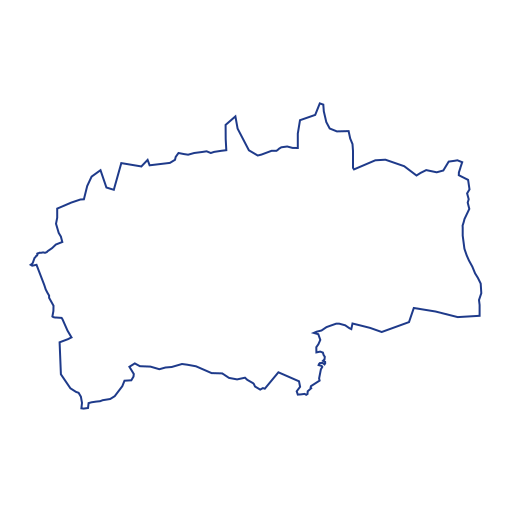 outline of Song, Adamawa, Nigeria
{"feature_id": "59680162B82996162763265", "entity_name": "Song", "entity_type": "district", "adm_level": 2, "iso_a3": "NGA", "parent_name": "Nigeria", "parent_adm1": "Adamawa", "projection": "albers", "projection_center": [12.591, 9.831], "detail": "fine", "context": "isolated", "style": "outline", "palette": "blue", "viewbox_px": 512, "rotation_deg": 0, "n_neighbors": 0, "source": "geoboundaries", "source_scale": "gbopen_adm2", "svg_char_len": 3115}
<svg xmlns="http://www.w3.org/2000/svg" viewBox="0 0 512 512"><path d="M264.8,388.7L278.4,372.3L299.0,381.3L300.1,386.8L296.7,391.3L297.8,394.6L300.9,394.4L304.6,393.9L306.2,394.8L307.5,394.0L307.7,391.3L311.2,388.2L310.6,387.4L311.0,386.1L319.6,380.6L319.1,378.4L320.9,369.3L322.3,366.9L321.6,365.9L318.6,365.1L318.9,364.2L319.8,363.1L322.5,362.9L324.5,364.4L325.2,363.3L325.1,361.8L323.0,360.8L324.5,359.3L324.8,356.8L323.6,355.0L322.9,352.6L320.2,351.6L316.4,352.4L316.3,347.2L318.4,344.2L320.3,339.9L318.3,334.2L313.8,332.9L316.6,331.7L321.5,330.5L326.5,327.1L330.4,325.7L336.1,323.7L339.3,323.7L345.2,325.3L349.4,328.2L351.3,329.1L352.5,323.5L354.9,324.1L360.6,325.5L370.1,327.9L381.7,332.0L409.0,322.1L413.8,308.0L435.5,311.5L457.7,317.1L479.6,315.8L479.6,305.0L479.0,300.0L481.3,293.2L480.7,283.6L477.9,277.9L475.1,273.4L472.3,266.6L468.9,260.4L466.7,255.4L464.8,249.9L464.4,248.6L462.7,235.6L462.7,227.7L462.6,225.6L463.7,222.1L464.5,219.0L469.3,208.9L467.7,202.6L468.7,199.2L467.1,193.4L469.5,189.4L468.1,179.9L458.8,175.2L458.9,172.4L460.3,168.1L460.5,167.3L461.4,164.6L462.2,162.2L457.4,160.3L454.5,160.8L448.7,161.6L443.3,170.5L436.7,172.3L426.2,170.1L420.6,172.9L416.5,175.5L404.2,166.2L385.4,159.7L375.3,160.3L354.0,169.4L353.0,167.8L353.0,166.3L353.0,160.5L353.0,150.9L352.5,144.1L350.2,138.5L348.6,131.1L336.9,131.4L329.7,128.5L326.3,122.1L323.8,111.3L323.3,104.6L319.8,103.4L315.2,114.9L309.5,116.9L300.0,120.2L297.8,133.6L297.8,148.0L292.5,147.9L287.2,146.5L281.3,147.3L278.9,148.8L278.1,149.6L276.5,150.8L271.6,150.8L261.4,154.6L257.7,155.5L248.9,150.3L237.6,128.6L235.4,116.4L225.6,124.9L225.7,139.1L226.3,150.2L221.3,150.8L214.1,151.9L210.8,153.0L206.6,151.3L202.0,152.0L194.2,153.0L188.1,154.7L184.1,154.1L178.5,153.0L175.7,156.9L175.0,159.8L169.9,162.9L149.6,165.3L147.6,159.9L141.3,166.5L140.5,166.3L121.3,163.1L113.8,189.8L106.4,187.5L100.5,170.2L91.6,176.6L87.2,186.0L83.9,199.3L80.4,199.5L71.2,202.6L57.2,208.6L57.2,217.7L56.1,223.3L56.0,223.7L58.7,232.9L60.9,236.6L62.3,242.0L55.9,244.5L52.0,248.2L47.6,251.2L46.8,252.1L45.0,252.8L43.1,252.4L41.0,252.8L39.6,252.7L38.5,253.3L38.1,253.2L37.8,253.6L37.3,253.7L37.4,254.1L37.2,255.1L37.2,255.3L36.9,255.6L36.7,255.8L36.3,255.9L35.9,256.3L35.4,257.2L34.5,258.0L32.9,262.6L32.3,263.6L30.7,264.8L32.2,265.7L36.5,264.8L44.0,284.3L44.5,285.7L45.7,289.4L47.4,292.7L49.1,295.6L49.1,297.8L53.5,305.7L53.4,311.0L52.5,315.9L52.4,316.5L53.0,316.9L53.6,317.2L55.0,317.5L55.9,317.5L61.6,317.9L62.5,319.3L67.5,330.6L71.5,337.4L70.6,337.8L68.1,339.1L59.6,342.3L60.9,374.3L63.2,377.7L70.4,388.3L76.0,391.9L78.6,392.8L80.9,396.7L82.0,402.9L81.4,408.3L83.6,408.6L88.0,408.0L88.6,403.1L91.5,402.3L96.1,401.6L100.1,401.2L102.7,400.2L110.2,399.0L114.7,396.2L122.3,386.2L124.5,380.7L131.3,380.3L133.5,376.6L133.8,374.0L129.4,366.8L134.8,363.4L139.9,366.2L150.4,366.6L159.3,369.2L160.5,368.9L165.5,367.5L171.7,367.0L182.0,364.0L187.2,364.7L194.4,366.0L196.0,366.3L211.6,373.1L222.2,373.4L229.0,377.9L237.1,379.4L245.0,377.7L247.2,379.8L253.1,383.2L253.8,383.9L255.0,386.5L260.2,389.6L262.9,388.1L264.8,388.7Z" fill="none" stroke="#1e3a8a" stroke-width="2"/></svg>